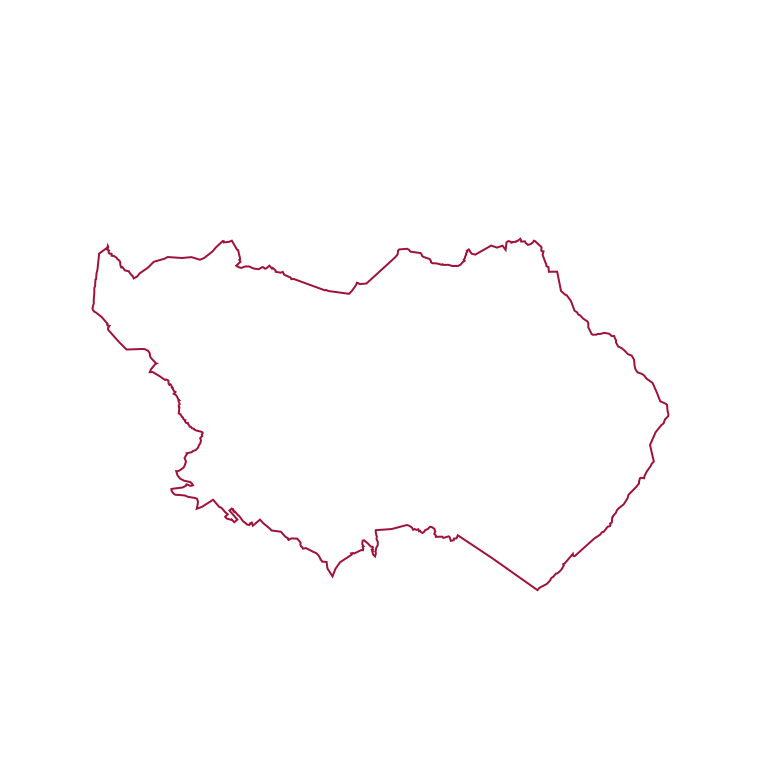 Barsanesti, Bacau, Romania (Albers equal-area conic projection), rotated 151°
{"feature_id": "2599482B96332922665264", "entity_name": "Barsanesti", "entity_type": "district", "adm_level": 2, "iso_a3": "ROU", "parent_name": "Romania", "parent_adm1": "Bacau", "projection": "albers", "projection_center": [26.7, 46.331], "detail": "fine", "context": "isolated", "style": "outline", "palette": "rose", "viewbox_px": 768, "rotation_deg": 151, "n_neighbors": 0, "source": "geoboundaries", "source_scale": "gbopen_adm2", "svg_char_len": 6166}
<svg xmlns="http://www.w3.org/2000/svg" viewBox="0 0 768 768"><g transform="rotate(151 384 384)"><path d="M558.6,638.7L559.4,637.7L561.4,637.2L569.9,636.2L579.2,622.9L581.9,620.0L585.0,615.3L585.8,615.2L589.2,609.7L590.8,608.5L593.2,604.1L597.1,598.3L598.6,595.4L602.3,591.5L602.7,589.7L602.3,587.7L601.4,586.4L598.5,579.6L596.6,570.6L597.5,570.0L597.2,569.0L596.0,567.9L598.2,566.8L599.0,565.2L595.5,549.6L592.8,539.9L592.3,538.9L578.0,531.6L576.1,530.2L574.2,527.3L574.0,524.5L575.1,521.7L575.3,520.3L573.4,512.6L573.0,512.2L574.7,512.2L580.7,509.8L583.1,507.9L580.6,506.7L576.5,499.7L573.5,493.6L572.4,493.6L570.9,491.6L572.3,488.6L572.1,487.2L571.0,487.3L570.8,486.4L570.9,484.3L571.3,483.9L571.2,483.2L570.7,483.1L570.8,482.2L571.2,481.7L571.1,479.5L570.3,478.1L572.7,477.4L571.5,475.7L571.1,473.1L571.4,470.3L571.1,469.5L571.5,469.7L572.1,468.3L572.4,465.5L574.1,464.6L574.6,463.3L574.2,462.9L577.8,457.8L576.6,456.1L576.9,455.5L576.6,454.8L576.7,453.0L576.2,452.5L576.4,450.3L575.3,448.7L576.1,448.2L576.0,446.1L574.4,444.9L574.8,443.6L574.5,442.5L574.7,440.9L573.7,440.3L573.5,438.5L571.9,437.0L572.0,436.1L570.7,434.3L566.5,430.4L566.3,429.0L567.9,428.1L568.1,426.6L571.0,425.8L571.4,423.4L573.5,421.1L575.5,420.2L577.5,418.5L580.7,417.5L584.1,418.0L585.2,417.6L590.3,419.1L590.4,418.3L594.3,416.0L594.8,412.1L598.8,408.6L600.7,407.9L604.7,407.5L606.7,407.7L608.0,408.5L608.9,404.1L608.2,400.1L605.7,396.3L601.0,392.2L600.2,389.9L600.2,388.0L602.8,388.8L605.1,391.9L605.6,392.0L606.6,391.0L610.2,391.1L620.8,395.3L621.5,393.7L621.4,391.6L621.1,389.8L620.3,388.4L612.4,383.2L610.1,380.3L604.1,375.6L603.2,374.1L603.7,371.4L605.4,368.9L608.3,365.7L603.0,364.8L589.6,365.6L587.7,356.3L586.2,354.6L585.0,348.8L583.9,345.8L587.3,344.9L586.8,342.7L583.6,339.3L582.9,339.5L582.0,335.7L578.0,336.5L580.5,348.3L577.6,348.8L577.4,347.7L576.8,347.8L576.8,346.4L577.3,346.2L577.0,344.6L576.4,344.7L576.1,344.1L575.2,339.8L574.6,338.7L573.8,332.1L572.7,330.0L572.0,327.7L570.2,325.9L568.9,326.4L568.7,327.0L566.8,326.9L567.4,323.7L558.2,325.5L557.2,321.2L553.9,312.7L553.5,310.5L545.8,304.8L544.4,298.4L542.7,295.4L543.2,294.8L543.0,293.9L539.7,293.8L534.9,290.8L533.9,286.2L534.0,285.3L534.9,284.4L535.3,282.3L534.6,280.6L534.7,279.3L531.7,278.2L527.2,271.4L525.2,268.9L524.4,266.0L524.3,261.8L524.7,261.2L524.1,259.8L524.2,258.6L520.5,256.2L522.9,250.0L522.3,240.7L516.1,245.9L508.8,249.4L494.9,250.4L494.9,251.8L493.0,251.2L492.2,250.2L484.4,249.8L483.0,248.8L482.0,250.0L481.6,251.9L480.5,251.9L480.7,254.1L480.4,255.0L478.6,257.3L477.2,257.0L475.3,252.0L474.4,248.3L472.9,247.1L472.9,246.4L474.3,245.3L474.1,244.7L475.1,244.8L474.9,243.6L475.3,243.8L476.2,240.0L475.4,237.5L473.2,239.8L472.5,242.0L472.1,242.1L470.3,244.4L467.7,246.0L466.0,248.8L465.7,252.1L464.1,254.2L464.0,255.6L462.7,259.3L462.0,260.1L447.5,253.4L432.4,249.6L430.7,247.8L429.2,245.1L429.2,242.3L427.5,242.3L426.3,240.6L424.4,240.3L424.8,238.3L423.6,238.1L423.7,237.1L422.5,235.0L420.5,235.3L418.9,236.2L415.7,236.0L413.0,236.8L411.5,235.5L410.1,232.9L410.7,231.2L410.6,230.1L412.7,228.6L412.1,226.3L412.8,225.2L407.0,222.2L406.7,220.6L401.3,219.4L400.8,218.0L401.6,214.4L398.8,213.6L397.8,214.9L395.4,213.8L392.8,215.9L373.6,178.8L349.7,129.3L346.7,130.4L338.6,130.2L334.1,131.6L331.9,133.1L329.2,133.4L325.6,134.8L323.9,134.4L321.3,134.9L318.4,135.9L314.6,138.2L314.6,139.6L312.5,139.6L301.2,143.9L301.9,142.2L300.7,141.0L275.0,146.9L268.4,147.4L265.0,148.7L263.4,148.2L257.6,150.7L255.2,150.2L254.2,150.9L254.0,152.3L251.9,152.4L249.0,156.8L247.8,157.0L247.4,157.7L244.0,158.7L241.4,160.7L239.0,161.5L232.8,162.5L226.4,166.0L224.0,168.5L213.3,171.7L209.2,173.4L208.2,175.1L205.8,177.5L204.7,177.4L202.2,175.5L200.9,177.1L196.4,180.2L190.8,182.8L188.4,184.5L185.6,185.4L180.9,201.7L169.9,210.1L161.3,213.6L158.6,214.0L155.5,216.8L151.2,218.0L150.0,219.4L148.9,223.4L146.5,228.7L147.5,230.6L150.8,235.0L149.5,244.3L148.6,254.8L151.8,261.4L152.3,265.1L153.4,267.6L156.7,271.4L156.9,275.2L156.2,277.9L153.5,284.1L153.6,288.8L156.3,292.0L157.3,296.3L158.8,300.2L161.0,303.2L160.9,308.1L159.8,309.7L159.9,311.9L159.4,314.3L161.6,315.5L162.6,318.7L166.6,322.0L170.6,322.9L172.7,324.1L174.4,324.2L177.5,325.9L178.2,327.1L177.8,334.6L175.9,338.0L175.7,340.0L178.1,344.6L179.2,348.9L180.4,350.6L180.4,353.1L181.8,355.7L180.3,365.9L180.4,367.3L181.2,373.1L182.2,374.2L184.1,379.5L178.1,398.3L185.4,402.2L183.5,406.5L184.8,408.3L183.9,410.3L184.0,411.3L182.7,420.0L180.2,422.7L181.7,423.8L181.7,424.5L179.9,427.4L182.7,435.9L183.5,436.7L184.9,435.7L187.8,435.2L190.7,435.9L191.8,438.9L191.6,440.4L195.0,442.1L194.4,443.5L194.4,444.9L197.8,444.4L199.3,444.8L199.8,444.4L202.7,445.9L203.8,445.6L204.2,445.9L204.2,447.0L205.9,448.7L208.2,448.5L212.6,442.4L213.3,447.5L219.0,448.5L223.2,453.1L241.4,452.9L244.2,455.5L244.6,460.6L247.0,460.4L247.0,459.2L248.9,458.5L249.2,457.4L251.2,456.2L252.4,454.7L254.1,454.0L253.8,452.6L256.1,452.5L259.1,451.3L261.8,451.3L266.9,454.0L270.0,457.1L273.6,458.9L274.9,460.4L275.5,460.1L279.3,463.8L283.1,466.2L283.9,467.6L283.3,468.8L283.5,471.2L288.0,476.2L288.6,477.7L288.2,479.9L288.7,480.9L296.7,486.9L297.2,489.5L298.3,491.1L305.4,494.3L307.0,493.9L309.3,490.7L312.8,489.4L350.6,480.4L356.9,483.2L358.0,485.3L358.6,485.7L360.6,484.0L366.7,481.1L370.8,479.8L387.7,492.4L389.0,494.4L390.2,494.5L412.0,519.6L414.2,520.6L414.1,522.4L418.3,527.9L418.2,531.1L420.5,531.5L424.4,534.7L423.8,536.0L425.1,539.5L426.0,539.2L426.9,543.1L430.8,542.2L432.2,542.6L432.9,544.5L433.7,545.2L438.1,545.2L442.1,548.3L445.0,552.2L448.4,554.1L452.5,554.7L454.3,556.4L455.9,559.1L450.2,560.5L450.4,562.7L449.2,563.0L446.7,571.9L447.4,572.7L447.6,583.1L450.8,583.5L455.4,585.5L455.0,586.7L455.8,587.2L464.6,585.0L470.0,583.0L480.3,581.4L484.7,581.9L490.9,588.3L499.7,592.2L511.6,599.9L515.3,600.0L526.1,602.5L534.1,600.2L544.2,599.2L547.7,597.7L551.7,597.7L551.5,600.7L552.1,601.5L552.1,602.8L552.5,603.7L552.6,606.4L555.5,608.9L556.1,613.1L557.3,613.3L557.0,615.6L555.6,618.7L555.7,620.4L556.7,622.7L556.6,623.8L558.0,626.7L560.1,628.3L559.1,629.8L559.3,630.2L561.0,631.1L561.0,633.0L559.8,634.1L560.8,635.7L558.7,637.6L558.6,638.7Z" fill="none" stroke="#9f1239" stroke-width="2"/></g></svg>